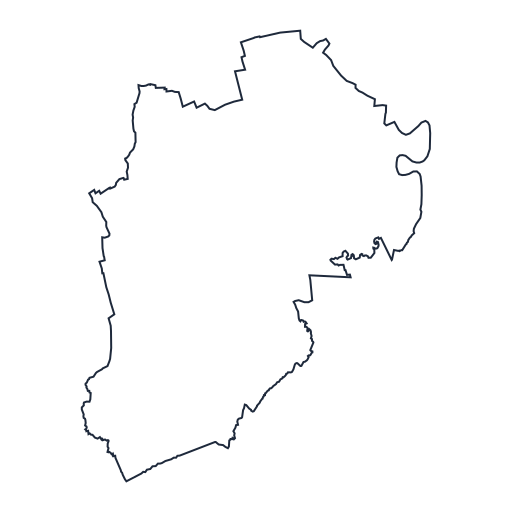 the district of Ban Phaeo, Samut Sakhon, Thailand
{"feature_id": "78962969B41699219692517", "entity_name": "Ban Phaeo", "entity_type": "district", "adm_level": 2, "iso_a3": "THA", "parent_name": "Thailand", "parent_adm1": "Samut Sakhon", "projection": "equal_earth", "projection_center": [100.121, 13.585], "detail": "fine", "context": "isolated", "style": "outline", "palette": "slate", "viewbox_px": 512, "rotation_deg": 0, "n_neighbors": 0, "source": "geoboundaries", "source_scale": "gbopen_adm2", "svg_char_len": 6016}
<svg xmlns="http://www.w3.org/2000/svg" viewBox="0 0 512 512"><path d="M325.9,38.9L323.1,40.5L320.1,41.1L316.7,43.2L312.8,47.7L304.1,41.9L300.8,38.9L300.2,30.7L280.2,32.6L260.0,37.2L259.6,36.4L254.5,37.5L254.0,37.9L240.9,42.3L243.7,50.7L244.9,55.9L241.5,57.2L242.5,61.6L245.1,69.7L235.0,71.3L242.2,99.7L234.0,101.6L225.1,104.7L214.8,110.1L209.5,108.8L207.3,105.8L204.9,103.6L196.6,107.7L194.1,101.5L182.8,106.7L180.7,98.6L178.7,92.1L174.9,91.9L171.9,90.8L166.5,91.5L166.4,89.0L164.5,89.2L164.7,87.6L155.8,87.9L155.4,85.2L150.3,84.1L150.1,84.8L148.5,84.4L146.0,85.6L143.7,86.0L141.4,86.0L138.5,85.1L138.7,88.1L139.6,91.4L139.5,93.1L136.6,102.7L134.4,104.1L134.7,106.8L133.4,110.5L132.6,114.6L133.1,117.5L132.7,120.5L133.4,128.6L134.0,131.3L135.4,132.7L135.6,142.1L134.8,143.7L134.4,146.4L133.2,149.3L130.0,152.6L129.2,154.8L128.0,156.5L126.4,158.2L125.4,158.3L125.1,158.7L125.4,160.2L127.8,163.5L128.0,167.7L126.7,171.6L127.4,175.0L127.7,178.9L124.2,179.7L123.7,178.1L123.4,177.9L119.4,179.1L116.2,182.8L115.8,185.0L114.7,186.6L110.2,188.6L109.6,188.6L109.7,187.7L109.4,187.8L100.6,193.7L99.2,190.8L95.5,193.3L94.2,189.9L89.2,193.3L92.1,198.2L92.7,202.2L96.8,205.8L101.4,212.2L102.8,216.7L106.3,222.0L106.2,225.7L106.5,227.2L109.5,233.7L109.3,235.4L108.2,236.5L104.7,237.7L102.2,237.3L102.5,248.1L103.7,256.1L104.1,256.8L104.7,260.3L99.5,261.7L101.8,268.5L102.3,273.3L103.4,273.2L106.3,287.2L108.7,294.5L110.7,302.6L114.3,314.3L108.6,318.3L110.7,325.7L111.0,331.0L111.2,348.0L110.1,358.9L109.4,361.2L107.5,366.1L102.7,368.4L102.1,369.2L97.0,372.0L95.9,373.0L93.5,376.7L89.5,377.8L89.0,379.2L88.1,379.6L86.8,382.6L85.6,383.6L85.5,384.8L86.6,386.4L86.4,387.6L87.3,388.9L87.8,390.9L89.3,390.9L89.5,392.5L90.7,393.0L90.3,399.4L89.5,401.7L86.6,401.6L84.0,402.5L83.7,403.4L83.8,405.4L81.8,407.4L81.8,409.5L83.7,414.4L83.4,416.2L83.7,417.9L85.0,418.7L85.4,420.0L85.7,423.0L85.1,425.5L86.5,426.5L86.7,427.7L86.0,429.0L85.3,429.4L86.4,430.5L86.4,431.2L88.1,430.8L88.5,434.1L89.7,433.4L91.0,434.7L92.5,434.8L94.9,437.6L97.6,438.6L99.9,437.1L101.3,439.3L101.7,438.5L102.2,438.6L102.8,440.2L105.0,439.5L106.7,440.6L107.9,440.1L108.5,440.5L108.6,441.0L107.7,443.6L107.6,446.7L108.5,448.1L107.5,452.0L108.5,452.3L109.3,451.9L110.8,453.0L111.6,454.3L112.3,454.4L112.9,453.7L113.2,454.6L112.8,455.8L113.1,456.3L115.2,455.8L115.5,458.0L120.8,470.2L121.1,471.7L122.1,472.7L122.7,474.7L124.9,479.2L126.4,481.3L141.4,473.5L143.2,471.8L145.3,472.1L146.9,469.7L150.3,469.0L152.5,466.3L155.7,466.1L157.9,463.6L160.0,463.6L161.8,463.1L165.4,461.0L171.2,459.3L173.7,457.7L176.1,457.7L177.4,455.8L179.7,455.6L215.0,442.0L215.7,442.0L218.7,444.5L223.1,445.1L225.4,446.9L227.9,448.2L228.9,446.5L229.3,440.4L230.4,439.7L230.5,439.0L232.1,439.1L232.4,438.2L232.9,438.8L233.5,438.3L234.0,439.2L235.0,438.2L234.2,435.5L234.6,433.3L233.4,431.2L235.4,427.7L236.1,425.1L238.0,424.8L237.3,421.6L237.8,419.6L239.0,418.6L241.5,418.0L242.1,417.2L243.1,410.1L244.0,408.3L244.8,404.6L246.3,405.1L249.2,408.6L251.0,409.8L251.2,410.7L252.7,411.6L253.8,411.2L257.0,406.3L257.0,405.7L259.8,402.6L260.1,401.6L262.2,398.7L262.6,398.6L263.0,397.0L263.7,396.5L263.9,395.1L265.0,395.1L265.1,393.4L265.7,393.2L267.6,390.8L268.8,390.3L268.9,389.6L270.1,388.3L271.0,388.3L272.2,387.4L273.3,386.0L275.9,384.2L277.1,382.3L279.1,381.7L280.4,379.4L282.3,378.4L282.7,377.2L283.5,377.3L284.7,376.3L285.8,375.1L286.2,373.8L287.3,373.5L288.0,372.3L290.9,372.4L292.0,371.9L293.4,369.4L294.8,364.7L295.4,363.7L296.5,363.1L297.4,363.2L300.4,366.0L301.4,365.9L303.5,362.0L305.0,361.7L307.0,360.2L307.8,359.0L308.6,357.2L307.9,356.0L308.6,355.4L309.9,355.4L310.5,354.9L311.8,352.6L312.4,352.4L312.4,351.4L310.8,350.8L310.3,350.1L313.4,342.5L313.2,341.9L312.0,340.8L312.0,339.1L310.9,338.4L311.6,336.0L310.8,333.2L311.0,332.1L310.5,330.3L309.2,329.1L308.5,330.9L307.9,331.4L307.3,331.1L307.2,330.3L307.6,328.8L307.3,327.7L306.4,326.8L305.0,326.8L305.1,324.0L306.6,323.4L305.5,321.8L304.9,321.5L303.7,321.8L303.2,320.6L301.5,320.0L301.0,320.1L300.4,321.3L299.5,320.5L298.8,318.4L298.1,311.5L296.3,308.1L295.2,304.7L293.6,301.9L295.1,301.0L298.7,300.2L304.4,302.2L308.5,302.2L312.2,300.3L310.3,279.9L309.4,275.3L350.6,277.3L349.9,274.6L347.0,274.9L345.5,270.1L344.7,270.1L343.5,264.8L339.9,264.9L338.6,265.5L337.6,264.4L335.0,264.6L330.7,260.6L330.4,259.8L331.5,258.7L333.9,259.1L335.4,257.8L337.5,258.8L339.0,257.4L342.6,256.2L342.6,253.0L343.6,251.6L345.4,250.8L347.9,253.6L348.1,255.6L347.1,256.4L346.5,257.5L347.1,259.2L347.6,259.6L351.0,258.1L351.5,254.8L352.6,254.1L353.6,255.0L353.8,255.7L353.3,256.2L354.0,256.9L354.1,258.3L355.8,259.3L359.7,257.6L360.1,254.9L361.6,253.9L362.3,254.2L362.3,255.3L362.6,255.6L363.9,256.1L364.7,255.5L366.2,255.4L367.9,256.3L368.5,257.8L370.8,257.7L374.4,253.0L374.3,249.4L373.4,248.7L373.3,247.6L374.2,247.8L375.3,248.6L376.7,248.5L377.4,248.1L378.5,246.0L378.6,244.8L378.0,242.1L376.8,241.6L376.3,242.4L376.6,243.7L375.6,244.1L374.5,243.2L374.1,241.5L374.4,239.8L375.4,238.5L378.3,237.4L379.0,238.9L380.9,237.9L391.7,260.0L392.0,259.6L394.0,250.0L398.3,250.9L399.2,250.6L399.6,251.1L401.4,250.1L402.2,250.2L405.9,244.3L406.5,244.0L406.9,242.7L407.9,241.9L408.3,240.0L409.9,237.6L411.1,236.7L411.6,235.5L414.2,233.2L413.6,231.1L413.9,228.7L416.1,224.1L420.3,218.0L421.4,211.8L420.4,209.6L421.4,204.2L421.7,195.2L421.6,185.8L420.6,176.6L419.7,174.0L416.9,171.4L413.3,171.5L409.1,173.9L405.4,174.9L402.2,175.1L399.1,174.2L397.6,171.2L396.4,166.9L396.6,162.4L397.4,157.7L399.7,155.4L402.6,155.1L405.6,155.8L412.4,161.4L416.3,162.5L419.8,162.5L422.6,161.5L424.3,160.3L427.4,156.3L429.8,149.0L430.2,133.2L429.5,125.4L427.9,122.4L425.5,120.9L421.4,122.6L418.4,126.0L409.9,133.4L405.9,134.8L402.0,133.0L398.8,129.9L394.4,121.9L386.3,125.4L384.3,123.4L385.4,113.9L385.9,112.6L386.1,105.6L382.6,105.1L374.3,106.0L374.9,99.2L367.4,95.7L362.5,92.6L358.8,91.0L355.5,87.9L355.6,84.7L352.5,83.1L346.7,80.9L341.1,75.6L333.3,65.9L331.1,60.1L326.2,55.0L323.1,52.7L324.9,49.6L328.5,45.5L329.4,43.6L325.9,38.9Z" fill="none" stroke="#1e293b" stroke-width="2"/></svg>